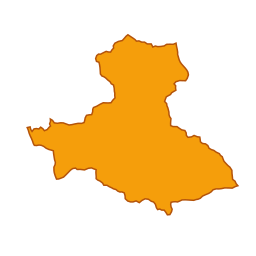 outline of Bom Jardim de Minas, Minas Gerais, Brazil, rotated 261°
{"feature_id": "56859067B79987470912291", "entity_name": "Bom Jardim de Minas", "entity_type": "district", "adm_level": 2, "iso_a3": "BRA", "parent_name": "Brazil", "parent_adm1": "Minas Gerais", "projection": "orthographic", "projection_center": [-44.123, -21.937], "detail": "fine", "context": "isolated", "style": "filled", "palette": "amber", "viewbox_px": 256, "rotation_deg": 261, "n_neighbors": 0, "source": "geoboundaries", "source_scale": "gbopen_adm2", "svg_char_len": 3326}
<svg xmlns="http://www.w3.org/2000/svg" viewBox="0 0 256 256"><g transform="rotate(261 128 128)"><path d="M88.7,49.4L88.5,51.5L88.9,53.7L89.6,56.7L91.4,59.3L93.5,62.1L95.4,64.6L96.6,67.1L96.6,69.9L95.0,71.3L94.6,74.3L93.4,78.5L94.4,82.5L94.3,85.7L93.0,87.8L91.8,90.0L89.5,89.4L87.6,89.2L85.1,89.0L82.9,88.6L81.3,90.0L80.0,92.0L77.6,94.3L75.3,95.1L74.7,98.3L72.9,100.4L71.5,102.5L70.2,104.1L69.1,106.5L67.3,108.0L66.1,109.9L65.8,112.0L64.6,114.1L61.5,114.5L58.6,114.2L55.9,116.3L54.6,118.9L54.2,121.4L54.7,124.6L52.5,127.5L54.3,130.5L55.4,133.8L54.4,137.1L52.0,139.5L50.9,141.7L48.4,143.1L44.8,143.6L42.8,144.5L43.0,146.7L41.7,148.3L41.2,150.9L38.8,152.2L36.1,153.3L35.9,155.8L38.5,157.9L40.9,158.9L43.3,158.2L45.9,158.2L47.9,158.9L48.0,161.1L47.8,163.3L47.2,165.4L47.7,167.4L48.5,170.1L48.1,173.4L47.4,176.6L46.8,179.3L46.3,181.6L46.7,184.1L46.7,186.1L47.3,188.4L49.1,191.0L49.9,193.8L50.8,197.6L51.9,200.1L53.7,202.4L54.1,205.5L53.6,208.4L53.5,211.2L53.7,214.2L53.0,218.1L52.3,221.6L53.4,224.9L53.8,227.5L56.1,226.1L58.7,225.4L60.9,223.3L64.0,223.5L66.8,223.6L70.0,224.0L73.4,222.5L75.3,220.8L77.5,219.3L80.1,217.6L82.7,217.0L84.9,216.6L86.4,215.1L88.4,214.2L90.3,211.4L92.5,209.2L93.6,207.0L95.3,204.9L98.2,204.1L100.2,202.1L101.1,199.1L103.0,197.4L105.6,197.5L107.8,197.5L108.5,195.1L110.3,192.1L109.3,189.4L109.4,185.8L111.5,184.5L114.1,184.7L116.6,183.8L117.8,180.7L119.7,178.6L121.7,176.6L122.4,172.6L123.7,170.5L126.0,170.8L128.3,171.3L130.6,171.9L132.7,170.9L134.8,170.6L137.4,170.9L141.7,170.5L144.0,169.9L146.0,170.0L148.5,168.3L150.9,169.6L152.8,170.7L153.7,173.1L154.4,175.2L156.0,176.6L156.9,178.8L157.8,181.2L160.1,181.2L162.3,181.7L164.4,180.4L166.2,182.5L166.8,186.5L166.2,189.4L165.7,192.3L167.8,194.3L171.0,196.0L173.8,195.9L176.0,195.1L178.2,193.9L180.8,192.2L183.0,190.8L185.1,189.8L187.3,189.2L190.7,188.8L192.8,188.5L195.0,188.9L198.0,188.9L201.4,188.7L204.3,188.7L203.6,185.8L204.2,182.4L204.6,179.2L203.4,176.6L203.4,173.2L203.7,170.1L204.7,167.8L204.1,165.2L207.4,164.1L208.0,160.2L210.2,157.8L210.7,154.9L212.3,152.5L212.5,149.9L214.2,148.8L215.8,147.2L217.8,145.0L220.1,142.5L218.9,140.4L217.5,138.8L215.3,136.1L215.0,132.0L213.8,128.3L211.4,126.3L209.2,126.3L207.6,124.3L205.7,122.7L206.2,120.4L207.1,118.4L206.1,115.1L205.2,112.4L205.6,110.4L204.4,108.4L201.6,106.9L198.7,107.3L197.5,109.6L195.0,109.8L192.3,109.8L188.6,109.5L185.7,109.2L183.5,110.3L182.3,112.3L180.9,113.8L178.5,115.6L176.5,117.5L174.3,118.4L172.7,120.4L169.5,120.6L166.5,120.3L164.3,120.4L162.2,120.0L159.8,119.9L157.8,117.3L155.6,115.2L155.8,112.6L156.3,109.8L156.8,107.5L155.9,104.4L154.4,100.5L153.6,97.1L152.0,96.1L149.5,95.6L146.9,94.2L147.1,91.5L147.0,89.0L144.7,87.3L142.2,86.4L140.3,85.5L139.8,83.0L140.4,79.4L140.3,75.7L140.1,73.0L140.2,70.2L141.6,67.7L143.2,64.8L143.7,62.0L143.7,59.0L144.6,56.0L147.4,54.6L149.0,52.7L146.7,52.5L144.3,51.2L142.1,51.8L140.9,50.0L139.1,48.0L138.4,45.0L140.6,43.8L142.5,41.9L141.0,39.8L141.8,37.4L141.8,35.0L139.6,32.7L141.8,31.7L144.4,31.5L144.2,28.5L141.9,29.1L138.0,29.6L135.1,30.3L133.2,30.9L130.3,31.6L127.3,32.1L125.5,32.8L125.0,34.9L125.1,37.4L124.5,39.6L123.0,41.9L120.8,44.0L119.1,46.6L118.2,48.7L117.2,50.7L114.5,50.5L111.7,50.5L108.3,50.5L105.5,50.9L103.3,50.3L100.9,48.7L97.4,48.2L95.2,48.2L92.3,48.6L88.7,49.4Z" fill="#f59e0b" stroke="#b45309" stroke-width="1.5"/></g></svg>